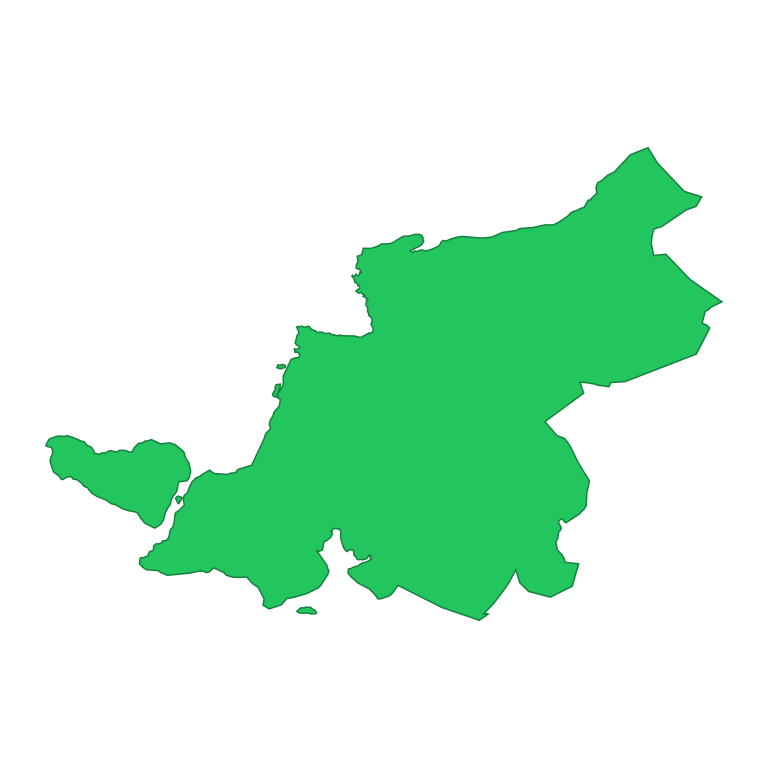 outline of Sorong, Papua Barat, Indonesia
{"feature_id": "22746128B25112391877259", "entity_name": "Sorong", "entity_type": "district", "adm_level": 2, "iso_a3": "IDN", "parent_name": "Indonesia", "parent_adm1": "Papua Barat", "projection": "albers", "projection_center": [131.348, -1.055], "detail": "fine", "context": "isolated", "style": "filled", "palette": "green", "viewbox_px": 768, "rotation_deg": 0, "n_neighbors": 0, "source": "geoboundaries", "source_scale": "gbopen_adm2", "svg_char_len": 6098}
<svg xmlns="http://www.w3.org/2000/svg" viewBox="0 0 768 768"><path d="M296.6,327.1L298.6,331.3L298.8,333.7L297.0,335.4L295.2,343.4L299.8,347.6L298.1,349.2L294.3,348.9L294.9,352.2L297.9,352.1L299.8,355.0L299.0,357.4L295.8,357.8L291.1,359.4L283.2,376.1L283.3,384.3L281.0,389.1L277.9,393.2L277.4,397.6L280.4,399.5L279.2,406.1L273.9,412.3L272.9,416.0L270.2,420.1L269.3,424.7L270.7,428.6L266.0,433.3L263.6,439.9L251.6,465.3L239.0,469.0L237.1,470.2L236.6,471.7L234.2,472.9L230.8,473.1L229.1,474.1L227.0,474.4L214.7,473.6L210.6,471.2L210.2,470.3L209.4,470.3L202.2,474.4L199.8,476.4L196.1,477.8L191.8,482.2L188.2,490.0L187.7,492.5L184.9,494.7L184.0,496.2L183.2,498.1L184.3,505.1L178.7,510.7L175.8,512.5L175.2,513.7L174.0,523.2L172.6,527.6L171.3,528.5L169.6,531.9L169.7,533.4L168.4,538.6L167.0,539.1L166.4,540.4L162.2,541.1L162.5,542.6L162.1,542.8L158.0,544.0L156.5,543.7L153.7,545.7L153.4,549.9L152.4,550.8L149.5,551.6L147.6,556.0L143.4,557.7L140.7,557.7L140.0,558.7L139.5,563.8L142.4,567.0L146.3,569.7L158.1,570.6L160.3,572.3L167.3,575.3L189.8,573.1L199.3,571.1L203.5,571.1L206.2,572.6L209.6,571.8L210.6,570.4L214.0,567.9L223.8,572.6L226.5,575.3L232.6,577.2L240.1,577.4L246.6,576.9L252.1,583.2L258.3,587.6L264.1,599.0L263.0,605.2L269.3,608.9L281.4,604.8L286.8,598.6L294.0,597.3L307.2,593.4L318.1,588.0L320.9,585.2L327.9,574.3L328.9,570.4L328.1,569.7L326.9,565.3L316.7,550.6L319.4,551.3L322.5,549.8L324.0,541.7L326.5,540.8L330.4,537.6L332.3,534.2L331.9,531.4L331.0,531.3L334.3,528.3L338.7,529.1L339.9,528.5L340.3,528.4L338.7,529.1L340.7,530.5L340.8,538.6L343.0,546.2L344.4,549.1L346.0,550.9L347.1,551.6L348.8,550.2L350.7,549.7L352.9,550.2L353.5,550.9L354.1,555.6L355.7,556.6L356.9,558.9L358.3,559.8L361.0,559.5L362.9,560.0L363.8,559.3L366.7,558.8L369.0,554.9L371.1,555.9L369.9,556.6L370.2,558.0L371.6,559.1L367.6,561.4L361.5,563.4L357.4,566.2L354.6,566.7L350.5,568.7L348.6,568.9L347.9,572.8L350.5,576.3L357.8,582.9L369.9,589.3L375.9,595.9L377.9,598.9L380.2,598.9L388.5,596.2L391.5,594.4L398.0,585.4L441.9,607.5L479.3,620.3L488.1,614.1L486.2,613.6L483.6,614.0L493.7,603.4L504.1,589.8L508.8,582.8L515.9,569.8L519.8,582.8L528.7,591.5L550.3,597.1L572.2,586.3L578.6,563.8L565.2,562.3L563.8,557.8L561.8,554.7L557.3,549.8L555.8,541.5L557.8,538.5L558.5,532.9L561.0,529.1L561.2,527.7L558.8,523.2L558.8,520.9L560.5,519.4L562.2,519.0L564.4,521.7L566.0,522.8L578.9,514.3L584.2,509.0L586.2,505.7L586.9,492.1L589.5,481.1L578.2,462.6L570.5,446.8L567.8,442.6L564.4,438.4L557.0,435.6L544.9,421.6L583.7,393.1L579.9,382.4L585.4,382.5L595.1,384.1L596.9,385.0L608.9,386.7L610.8,382.5L624.8,381.7L696.4,354.0L709.7,328.1L706.6,325.0L703.5,323.9L702.2,322.8L705.2,311.5L708.8,309.4L710.9,307.2L721.9,301.8L689.9,279.4L665.8,254.2L653.8,255.6L651.3,244.0L651.8,237.2L653.8,229.0L661.5,226.7L686.1,210.0L696.1,206.4L701.7,196.9L684.2,191.4L657.5,163.1L648.0,147.7L630.4,154.7L614.3,172.0L607.5,175.3L602.3,180.1L597.6,182.8L596.0,187.3L596.8,193.4L591.7,198.0L590.6,199.8L588.1,200.3L584.1,207.5L580.8,208.3L576.8,210.5L573.7,211.3L570.3,213.2L568.4,215.6L562.8,219.5L557.3,223.1L552.8,225.0L545.4,224.8L533.8,227.4L519.6,228.6L516.5,230.4L502.3,232.5L491.5,237.2L481.3,238.1L462.4,236.4L458.2,237.0L452.1,238.5L445.7,241.1L443.3,240.5L441.4,241.7L439.3,245.7L431.8,249.3L426.1,251.0L421.7,249.8L416.6,251.4L414.0,251.0L412.9,252.8L410.1,250.6L419.4,246.3L421.7,244.5L423.8,241.4L423.0,239.9L423.0,237.5L421.5,235.2L419.6,234.4L414.5,234.4L409.8,236.0L403.6,236.2L396.1,240.4L394.4,242.1L389.2,243.8L381.6,243.9L377.7,246.3L370.9,248.4L363.3,248.3L361.9,254.1L360.9,255.1L357.3,256.3L358.1,262.2L357.2,262.9L356.2,265.3L356.3,268.3L358.5,269.2L359.5,268.9L361.4,272.6L360.5,273.1L359.7,272.4L359.0,275.0L358.3,275.6L356.9,275.6L356.0,274.0L354.9,276.3L353.7,276.2L352.5,275.2L351.9,276.2L352.3,277.0L353.6,277.5L355.0,282.5L358.2,284.1L357.7,285.7L359.0,285.9L359.6,286.9L359.9,288.1L355.9,290.9L356.2,291.5L358.8,293.2L361.3,292.4L362.3,293.9L364.4,294.7L362.7,296.9L364.9,295.9L365.3,297.9L367.9,298.7L368.0,299.5L366.3,300.4L366.6,302.1L366.0,303.1L366.1,305.4L367.8,307.9L367.5,311.4L368.9,313.8L368.5,315.2L371.4,317.7L372.1,321.3L371.0,324.4L373.2,328.8L372.9,331.9L370.0,333.5L368.6,332.9L367.6,334.0L366.5,334.1L365.6,335.3L363.5,335.8L362.2,337.0L359.7,337.3L354.5,336.0L341.7,335.7L339.5,335.0L337.4,335.8L333.6,334.7L332.3,335.0L329.7,333.1L325.5,333.6L321.8,332.1L318.9,332.0L317.9,332.7L316.6,332.1L315.9,331.0L311.7,329.5L308.6,326.1L306.0,327.0L303.5,327.2L302.7,326.4L301.3,326.1L299.7,326.8L297.7,326.4L296.6,327.1ZM46.1,444.3L46.2,446.2L51.2,447.4L52.8,450.0L52.2,454.8L50.8,457.5L50.1,460.8L50.6,463.3L53.5,472.0L59.2,476.1L61.2,479.4L62.8,479.5L66.8,477.2L70.1,476.5L71.8,477.3L73.4,479.3L76.7,479.5L81.8,483.3L83.2,485.6L85.6,487.1L87.9,487.8L88.4,489.3L91.9,493.2L96.6,496.2L106.1,500.1L111.3,503.7L115.7,504.8L123.1,509.0L128.3,510.7L134.9,511.8L137.9,513.1L138.1,514.4L139.6,515.8L140.5,518.1L145.0,523.3L154.1,527.9L155.3,527.9L160.8,524.2L163.4,520.2L165.4,512.5L166.8,510.4L166.8,509.4L170.4,504.2L171.2,500.1L173.5,495.4L176.8,491.5L178.1,484.1L179.0,481.7L186.6,480.9L187.4,480.3L188.9,478.3L190.7,471.8L189.1,463.3L185.6,457.8L183.7,451.7L175.4,444.8L169.7,442.8L160.8,443.9L151.4,439.6L147.3,441.0L145.2,441.0L142.6,442.8L138.5,443.4L133.9,448.1L132.1,452.2L129.8,452.0L125.0,450.4L119.8,450.2L116.8,452.1L111.2,450.8L108.7,451.0L105.6,452.9L101.8,452.9L99.3,454.3L94.5,453.2L93.5,450.4L91.4,447.2L87.1,445.4L84.2,441.8L80.9,441.0L74.0,437.9L67.6,435.7L63.8,436.6L61.5,436.0L56.8,436.3L50.1,438.7L48.8,439.8L46.1,444.3ZM310.7,607.4L305.7,607.1L304.4,607.8L300.5,607.9L296.8,611.4L299.0,612.8L300.9,613.2L309.1,613.1L310.6,613.9L315.2,613.8L316.6,613.1L315.3,610.6L312.3,609.0L310.7,607.4ZM280.5,384.1L276.2,384.7L275.0,387.3L275.6,389.2L272.6,393.8L273.2,396.1L275.1,397.0L276.4,396.7L279.8,388.1L280.5,384.1ZM178.8,503.5L179.7,502.5L179.8,501.3L181.0,500.4L181.9,497.5L178.8,496.2L177.2,496.5L175.5,498.2L178.0,503.5L178.8,503.5ZM285.5,365.5L282.1,364.4L280.1,365.4L277.8,364.8L276.8,367.7L280.3,368.8L284.7,367.6L285.3,367.0L285.5,365.5Z" fill="#22c55e" stroke="#15803d" stroke-width="1.5"/></svg>